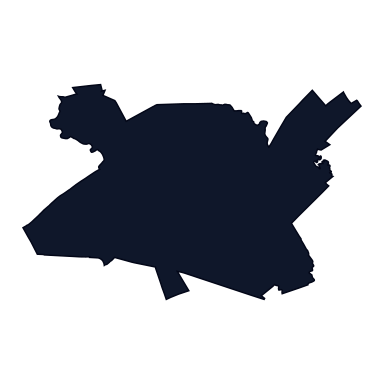 the district of Contesti, Dâmbovita, Romania
{"feature_id": "2599482B81842456192136", "entity_name": "Contesti", "entity_type": "district", "adm_level": 2, "iso_a3": "ROU", "parent_name": "Romania", "parent_adm1": "Dâmbovita", "projection": "mercator", "projection_center": [25.668, 44.679], "detail": "fine", "context": "isolated", "style": "filled", "palette": "ink", "viewbox_px": 384, "rotation_deg": 0, "n_neighbors": 0, "source": "geoboundaries", "source_scale": "gbopen_adm2", "svg_char_len": 5856}
<svg xmlns="http://www.w3.org/2000/svg" viewBox="0 0 384 384"><path d="M188.8,290.7L177.3,271.4L181.4,272.2L184.3,273.0L250.8,295.1L264.1,299.4L264.6,298.4L261.3,295.7L272.5,286.6L274.8,284.5L275.8,285.3L278.0,285.8L278.6,286.2L278.8,286.7L278.8,287.2L278.5,288.0L278.7,289.9L278.8,290.0L279.7,290.0L280.5,289.7L281.3,289.7L281.6,289.7L281.9,290.0L282.1,290.3L282.2,290.6L282.0,292.5L282.2,293.7L298.9,288.0L307.9,284.8L307.8,284.3L308.3,283.6L308.9,283.0L311.9,282.0L313.4,281.2L313.9,280.9L314.3,280.5L314.3,279.9L314.2,279.6L313.9,279.2L312.4,277.5L311.9,275.3L311.8,274.9L311.5,274.6L310.6,274.1L310.2,273.7L309.6,273.5L309.2,273.0L309.1,272.4L309.6,271.8L310.4,271.3L312.3,270.7L312.5,270.4L312.5,269.7L312.4,269.0L312.1,267.8L312.3,267.3L312.5,267.1L313.4,266.5L313.6,266.2L313.7,265.9L313.5,265.2L312.5,263.6L312.5,262.9L312.8,261.6L312.7,261.3L312.5,260.7L312.0,259.9L309.5,256.5L309.0,255.8L308.6,255.6L308.5,255.4L308.7,254.0L308.5,252.9L307.6,250.6L307.0,249.9L306.4,249.3L306.1,248.8L303.7,244.4L301.2,240.2L301.0,239.3L301.0,238.8L299.2,236.2L296.1,231.1L291.4,223.3L298.4,216.1L322.2,192.5L328.7,185.9L326.6,184.2L326.0,183.5L325.3,182.7L332.9,176.4L331.6,175.9L331.5,175.7L331.8,175.0L331.9,174.7L331.9,174.3L331.8,174.0L331.3,173.6L330.5,173.3L329.9,172.9L329.7,172.7L329.8,172.5L329.9,172.4L330.2,172.4L330.8,172.5L331.1,172.3L331.3,171.7L331.2,171.3L329.9,170.4L329.8,169.9L329.9,168.9L329.4,167.9L329.8,167.0L330.0,166.0L329.8,165.4L329.7,165.3L328.7,164.8L328.0,165.0L327.7,164.8L327.9,164.3L328.4,163.3L328.4,162.4L328.1,161.7L327.5,161.2L325.6,160.3L324.9,160.0L324.7,160.0L324.4,160.9L324.2,161.4L324.0,161.2L324.1,160.6L324.1,160.2L323.5,160.2L323.1,161.3L322.2,161.6L322.0,161.8L322.0,162.0L323.0,163.1L323.0,163.3L323.0,163.5L322.9,163.5L322.3,163.4L321.8,163.4L320.9,163.9L320.7,163.6L319.9,163.7L318.9,164.1L318.3,164.5L318.4,164.8L319.0,165.0L319.5,165.8L319.3,166.5L320.1,167.7L320.2,168.5L319.8,168.8L319.0,168.3L318.1,167.2L315.9,166.2L313.7,162.8L313.7,162.2L314.2,161.4L315.0,160.9L315.5,161.0L315.7,161.7L316.2,162.4L316.7,162.5L317.3,162.2L317.6,161.6L316.9,160.6L316.9,160.4L317.0,160.3L317.7,160.2L317.9,160.0L318.1,159.1L318.4,159.0L318.6,159.3L319.0,159.7L319.7,159.8L320.5,159.4L321.0,158.6L321.2,158.0L321.2,157.3L321.1,156.5L320.8,156.1L320.3,156.0L320.0,156.3L320.1,157.6L319.2,157.5L318.7,157.1L318.5,156.5L318.0,155.8L315.5,155.5L315.6,154.4L316.0,153.3L316.5,152.6L316.4,152.0L317.5,149.2L319.1,149.6L321.1,150.0L329.8,144.7L325.1,141.3L337.6,128.0L361.0,106.1L359.1,103.6L357.4,100.9L356.7,100.3L351.1,103.5L348.4,100.4L346.4,97.5L343.6,92.6L343.4,92.0L329.8,102.3L327.4,104.2L325.8,105.9L317.7,96.6L312.3,90.3L302.9,99.9L299.5,103.6L286.3,117.3L281.0,126.3L273.6,139.1L271.3,143.3L268.9,147.1L267.8,145.4L267.3,144.3L267.2,143.9L267.2,142.3L267.8,139.9L267.9,139.2L267.8,138.8L267.7,138.4L266.2,136.7L265.4,135.6L264.7,133.9L265.2,130.0L265.1,128.1L265.2,127.5L265.5,126.9L266.1,126.1L267.2,123.6L267.4,122.9L266.8,122.0L266.0,121.4L264.8,121.3L263.8,121.0L261.6,121.3L261.1,121.4L260.8,121.8L260.1,122.3L259.9,122.5L259.6,124.0L259.4,124.3L258.7,124.4L258.3,124.8L257.7,125.1L257.2,125.5L254.4,123.9L253.9,123.2L253.7,121.9L253.5,121.6L252.4,121.0L252.2,120.7L252.1,120.0L251.3,117.6L248.3,112.9L247.9,112.6L247.6,112.5L247.2,112.6L246.8,113.0L245.3,113.7L244.5,113.6L243.8,113.3L243.2,113.3L242.9,113.5L242.3,113.4L241.7,113.4L241.6,113.2L241.6,112.3L241.6,111.8L241.6,111.0L241.1,110.6L238.6,110.6L236.4,110.9L234.2,110.9L233.0,109.0L232.1,107.4L230.1,105.1L228.9,104.8L227.7,104.8L226.6,104.5L224.9,104.3L223.2,104.9L222.6,105.3L221.4,104.9L220.0,104.9L218.2,104.4L215.2,104.7L213.5,104.2L211.7,103.3L211.4,103.4L195.6,103.8L184.3,103.8L157.0,104.7L155.1,105.5L153.7,106.5L153.5,106.4L126.2,121.3L116.2,102.7L114.8,100.6L102.9,95.4L105.0,90.3L102.1,91.0L102.2,90.9L100.6,84.6L91.2,85.5L72.7,87.6L73.9,89.6L75.1,91.6L76.9,94.0L76.1,94.1L71.1,95.6L65.0,97.3L64.7,97.2L63.2,96.8L60.4,96.7L59.1,96.5L58.5,96.3L59.2,97.6L60.9,99.8L61.5,101.1L61.6,102.0L61.5,102.6L61.2,103.3L60.6,103.8L60.0,104.7L59.5,106.2L59.1,108.1L59.0,108.9L59.3,109.7L59.9,110.8L60.0,111.4L59.4,112.6L58.2,115.5L57.4,116.9L56.5,117.8L55.6,118.7L54.2,119.3L51.6,119.7L50.7,120.0L50.2,120.4L49.9,120.9L49.8,121.8L50.2,122.3L50.4,123.0L50.7,123.9L50.7,124.8L50.9,125.6L51.3,126.4L52.1,127.3L53.4,128.0L54.2,128.2L55.1,128.3L56.4,128.8L57.3,128.9L58.8,128.7L59.9,128.8L60.8,129.1L61.4,129.8L61.9,130.6L62.3,131.7L62.3,132.9L61.0,134.4L60.5,135.2L60.6,136.2L61.0,137.3L62.0,137.9L65.6,138.6L67.2,138.6L68.2,138.1L69.4,137.4L70.4,136.6L70.9,136.6L74.0,138.5L75.0,138.7L76.6,139.6L78.0,140.5L79.2,141.5L80.4,142.4L82.9,143.7L83.8,144.0L85.2,144.1L86.9,144.1L88.2,143.6L89.0,143.5L89.9,143.8L91.3,144.8L92.2,146.2L92.3,147.5L91.8,148.4L90.7,149.3L90.3,150.0L90.8,151.3L91.4,152.2L92.7,152.1L95.3,150.8L96.9,149.5L97.8,149.5L98.3,150.4L100.1,151.4L101.2,152.5L102.4,154.2L103.1,155.7L103.9,157.8L104.1,159.2L104.2,159.8L104.0,160.5L103.6,161.0L102.6,162.0L101.7,163.2L99.4,165.6L98.7,166.8L98.8,167.8L99.4,168.9L99.7,169.3L95.4,171.7L89.2,175.8L85.3,178.5L80.9,181.3L75.7,184.9L75.5,185.1L72.3,187.5L69.8,189.5L68.9,190.0L66.4,191.8L63.5,193.8L60.2,195.8L57.5,197.9L51.9,202.9L49.8,204.9L49.4,205.5L48.8,205.9L44.0,210.0L41.1,213.0L40.3,213.7L38.5,215.6L34.4,219.4L31.9,221.8L30.0,223.4L28.6,224.5L27.3,225.2L26.5,225.5L26.2,225.9L23.0,227.7L28.2,237.0L31.1,242.0L37.1,253.7L37.3,254.2L44.0,254.5L44.2,254.9L44.3,254.9L74.5,256.5L79.6,256.8L85.9,256.9L89.7,256.7L89.6,257.4L97.0,257.8L98.4,257.9L100.0,258.5L100.8,259.0L102.6,260.5L103.6,262.5L104.0,263.6L104.2,264.7L104.3,265.4L105.1,264.8L106.9,264.3L109.3,262.3L110.1,261.4L111.6,260.5L114.6,257.4L131.7,262.1L134.2,262.7L155.4,267.0L155.7,268.4L160.8,283.4L162.1,287.5L164.4,293.8L166.3,299.4L170.5,297.4L178.6,294.1L188.8,290.7Z" fill="#0f172a" stroke="#020617" stroke-width="1.5"/></svg>